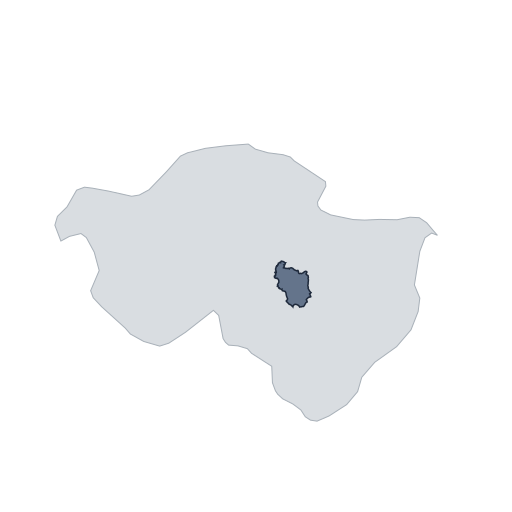 location of Gasabo, Kigali City, Rwanda, rotated 47°
{"feature_id": "39286606B27612515465928", "entity_name": "Gasabo", "entity_type": "district", "adm_level": 2, "iso_a3": "RWA", "parent_name": "Rwanda", "parent_adm1": "Kigali City", "projection": "mercator", "projection_center": [30.108, -1.884], "detail": "fine", "context": "in_parent", "style": "filled", "palette": "slate", "viewbox_px": 512, "rotation_deg": 47, "n_neighbors": 0, "source": "geoboundaries", "source_scale": "gbopen_adm2", "svg_char_len": 5830}
<svg xmlns="http://www.w3.org/2000/svg" viewBox="0 0 512 512"><g transform="rotate(47 256 256)"><path d="M207.0,163.4L212.5,163.2L249.0,154.5L252.6,157.3L258.5,174.2L261.6,176.6L266.6,177.2L276.8,173.4L295.6,160.1L303.8,152.1L313.4,140.8L325.7,128.1L332.6,117.0L339.3,110.5L348.1,108.5L357.8,109.0L364.6,109.2L359.0,111.9L357.9,120.0L364.3,133.0L385.2,159.9L398.5,164.9L407.2,175.3L415.7,193.0L418.2,215.0L414.7,241.6L416.8,261.3L424.5,274.2L426.5,291.0L422.8,311.7L418.4,324.0L413.2,328.1L407.2,329.6L399.2,328.2L389.3,330.0L378.7,333.9L371.9,334.4L367.8,333.7L359.9,330.4L347.4,319.7L324.2,325.6L317.9,325.5L309.4,330.5L302.5,336.8L298.3,337.2L294.0,336.4L274.0,323.8L266.7,324.2L263.7,359.5L260.3,379.2L256.2,387.9L241.9,396.4L227.4,401.1L219.6,400.8L187.9,403.5L175.5,403.5L168.6,400.6L159.7,380.6L142.9,371.7L126.8,367.5L120.2,368.7L114.4,379.1L112.0,388.5L96.3,382.1L91.6,374.2L91.2,360.7L85.5,342.3L88.7,334.5L94.8,329.4L107.8,319.7L127.5,306.2L131.8,299.8L134.6,289.1L133.3,264.2L131.4,243.2L133.8,235.7L142.8,219.5L154.8,202.9L168.9,185.3L177.4,183.6L188.6,176.9L200.4,167.1L207.0,163.4Z" fill="#d9dde1" stroke="#a8b0b8" stroke-width="1"/><path d="M291.3,258.5L291.5,259.5L291.6,259.8L292.0,260.2L292.4,260.5L292.6,260.6L292.7,260.8L292.9,260.5L293.0,260.7L294.2,260.9L294.5,260.9L294.6,261.0L294.9,261.2L295.0,261.1L294.9,260.9L295.0,260.8L295.1,261.0L295.6,261.4L295.5,261.5L295.7,261.3L296.0,260.9L296.4,260.7L296.6,260.7L297.1,260.4L298.2,260.0L298.2,259.9L298.3,260.0L298.6,260.1L299.0,260.3L299.3,260.4L299.6,260.2L299.9,260.1L300.7,259.5L301.9,258.8L302.1,258.8L302.3,259.0L303.5,259.3L304.6,260.1L306.1,261.0L306.6,261.2L307.6,261.6L307.9,261.7L308.6,261.9L309.0,262.2L309.0,262.4L309.4,263.1L309.5,264.6L309.9,264.7L311.1,264.7L311.8,264.7L312.8,264.6L314.0,264.7L314.4,264.4L314.6,264.2L315.0,264.0L315.5,263.9L317.2,263.8L317.2,263.7L317.7,263.7L317.9,263.5L318.3,263.6L317.9,263.0L317.8,262.8L317.7,262.0L317.6,261.5L317.7,261.1L317.8,260.9L317.9,260.5L318.0,260.3L318.9,259.6L319.5,259.2L319.8,259.1L320.6,258.8L320.8,258.8L321.4,258.6L323.2,258.9L323.6,258.0L324.1,257.5L324.5,256.6L325.2,255.9L325.3,255.7L325.2,254.4L325.0,254.1L325.0,253.9L324.9,253.7L324.8,253.4L324.6,252.9L324.6,252.4L324.2,251.6L324.2,251.3L324.2,250.7L324.2,250.4L324.3,250.1L324.5,249.9L324.4,249.8L324.2,249.8L323.5,249.3L323.2,249.3L322.3,249.1L322.2,249.0L322.1,248.3L322.0,246.8L322.1,246.2L322.1,245.8L322.1,245.7L322.4,245.4L322.5,245.2L322.4,244.8L322.5,244.6L323.2,244.0L323.1,243.8L322.9,243.5L322.7,243.6L322.4,243.4L321.3,243.0L321.0,242.8L320.8,242.7L320.6,242.6L320.3,242.7L320.2,242.6L320.3,242.5L320.4,242.3L320.5,241.9L320.3,240.7L319.9,240.8L319.3,240.8L318.2,240.7L316.4,240.3L315.7,240.1L315.3,240.0L315.2,239.9L314.8,239.6L314.6,239.1L314.0,238.8L313.5,238.6L313.3,238.5L312.8,238.2L312.5,237.6L311.7,236.6L311.4,236.4L311.1,236.2L310.9,235.9L310.7,235.5L310.5,235.3L310.2,235.1L309.2,233.9L308.1,233.4L307.9,233.2L307.7,232.8L307.6,232.5L307.5,232.4L307.0,232.2L306.4,231.6L306.1,231.5L305.8,231.3L305.6,231.3L305.3,231.4L305.1,231.6L304.9,231.7L304.6,231.7L304.1,231.6L303.4,231.8L303.2,231.7L302.8,230.5L302.5,229.7L301.9,229.6L301.1,230.0L300.9,230.3L300.8,230.6L300.5,231.3L300.5,233.0L300.4,233.2L300.2,233.8L300.1,234.5L299.7,234.9L299.2,235.1L299.2,235.3L298.9,235.5L298.6,236.1L298.5,236.3L298.3,236.4L298.0,236.4L297.7,236.5L297.1,236.3L296.7,235.8L296.5,235.7L295.4,235.2L295.1,235.2L295.1,235.3L295.1,235.6L295.0,235.9L294.9,236.1L294.6,236.2L294.4,236.5L294.2,236.5L293.9,236.6L293.6,236.7L293.2,236.9L293.2,237.0L292.9,237.1L292.7,237.2L292.0,237.5L291.8,237.4L291.1,237.4L290.9,237.5L290.5,237.6L290.2,237.5L289.7,237.7L289.5,237.8L289.2,237.9L289.0,238.0L288.7,238.2L288.5,238.5L288.4,238.7L288.3,238.8L288.0,239.3L287.9,239.8L287.9,240.2L288.1,240.5L287.9,240.6L287.4,240.5L287.1,240.6L286.8,241.0L286.6,241.6L286.3,241.9L286.1,242.1L285.8,242.2L285.6,242.3L285.3,242.6L285.1,243.0L284.8,243.0L284.3,243.2L283.6,243.8L283.4,244.0L283.3,243.9L283.1,243.7L283.2,243.3L283.1,243.1L283.1,242.8L283.0,242.7L282.9,242.7L282.8,242.4L282.7,242.4L282.6,242.2L282.4,242.0L282.1,241.9L282.0,241.6L282.0,241.4L281.9,241.4L282.0,241.3L281.9,241.2L282.0,241.1L281.9,240.9L281.9,240.7L281.8,240.4L281.7,240.4L281.5,239.8L281.4,239.7L281.1,239.4L281.1,239.1L280.7,239.4L280.3,239.5L280.2,239.5L279.8,239.6L279.6,239.5L279.2,239.7L278.3,240.0L278.0,240.2L277.9,240.4L277.7,240.7L277.5,240.9L277.0,241.0L277.0,241.3L277.2,241.8L277.2,242.0L277.2,242.3L277.3,242.4L277.2,242.4L277.1,242.8L277.0,243.1L276.9,243.1L276.9,243.3L276.9,243.5L276.8,243.8L276.7,244.0L276.7,244.4L276.6,244.6L276.9,244.8L277.0,245.2L277.2,245.3L277.3,245.5L277.4,245.8L277.4,246.0L277.5,246.2L277.3,246.3L277.4,246.5L277.4,246.8L277.3,247.2L277.5,247.3L277.4,247.4L277.6,247.6L277.4,247.8L277.6,248.2L277.7,248.3L277.6,248.5L277.7,248.8L278.0,249.1L278.1,249.3L278.2,249.5L278.3,249.6L278.6,250.0L278.8,250.3L278.9,250.5L278.9,250.4L278.9,250.5L279.0,250.5L279.2,250.8L279.4,250.9L279.7,251.2L279.8,251.2L279.8,251.3L280.1,251.4L280.3,251.4L280.8,251.7L281.1,251.9L281.1,252.0L281.2,251.9L281.5,252.0L281.8,252.3L281.7,252.4L281.7,252.5L281.4,252.6L280.9,252.7L280.8,252.9L280.9,253.4L281.0,253.4L281.8,253.0L282.0,253.0L282.2,253.3L282.2,253.7L282.4,253.9L282.5,254.2L282.9,254.4L283.2,254.4L283.2,254.5L283.3,254.7L283.5,254.8L283.6,255.4L283.6,255.6L283.3,255.7L283.3,255.8L283.5,256.0L283.6,256.4L283.5,256.5L283.8,256.7L283.8,256.4L284.0,256.3L284.2,256.6L284.3,256.8L284.3,257.0L284.2,257.0L284.5,257.0L284.9,257.0L285.1,257.0L285.3,257.0L285.7,256.6L285.8,256.6L286.0,256.4L286.0,256.5L286.3,256.4L286.8,255.7L287.0,255.7L287.6,255.7L287.9,255.6L288.1,255.6L288.4,255.6L288.5,255.7L289.2,256.0L289.8,256.3L290.4,256.9L291.0,257.5L291.0,258.0L291.1,258.4L291.3,258.5Z" fill="#64748b" stroke="#1e293b" stroke-width="1.5"/></g></svg>